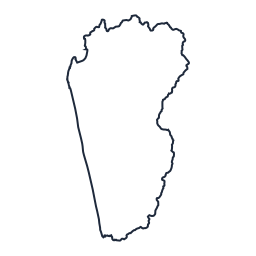 outline of Thai Mueang, Phangnga, Thailand
{"feature_id": "78962969B58912985430788", "entity_name": "Thai Mueang", "entity_type": "district", "adm_level": 2, "iso_a3": "THA", "parent_name": "Thailand", "parent_adm1": "Phangnga", "projection": "natural_earth1", "projection_center": [98.313, 8.477], "detail": "fine", "context": "isolated", "style": "outline", "palette": "slate", "viewbox_px": 256, "rotation_deg": 0, "n_neighbors": 0, "source": "geoboundaries", "source_scale": "gbopen_adm2", "svg_char_len": 5689}
<svg xmlns="http://www.w3.org/2000/svg" viewBox="0 0 256 256"><path d="M134.3,15.5L131.8,16.0L131.8,16.6L130.7,19.0L130.2,19.5L128.9,20.3L128.4,20.5L126.4,20.0L122.9,20.5L122.6,20.8L122.1,21.8L121.6,22.5L120.8,23.1L120.5,23.9L120.3,24.6L119.9,25.0L119.2,26.1L118.5,26.4L115.7,26.7L113.6,28.1L113.0,28.4L111.0,28.2L110.3,28.3L109.0,29.3L108.3,30.9L107.8,31.2L107.4,31.2L106.9,31.0L106.5,30.2L106.3,28.9L106.0,28.4L105.1,27.6L105.1,27.1L105.3,26.6L105.1,24.6L105.2,23.9L105.1,23.5L104.5,22.7L104.6,20.6L104.3,20.2L103.6,19.8L102.6,19.6L102.0,19.7L101.8,19.9L101.6,21.0L100.5,23.9L99.7,24.6L99.2,26.5L99.0,27.1L98.2,27.2L96.7,26.8L96.2,26.9L95.3,27.6L94.2,28.8L94.3,29.9L94.0,30.4L93.1,30.9L92.3,31.1L91.7,31.7L90.4,32.4L90.1,33.4L90.3,34.2L90.1,34.6L89.7,34.9L88.9,35.3L88.2,35.3L87.9,35.6L86.1,35.4L85.1,35.7L84.2,36.3L84.0,36.7L83.9,37.2L84.1,38.7L85.0,38.8L85.3,40.1L85.3,42.8L85.1,44.4L84.8,45.5L85.0,46.1L85.6,46.4L85.8,46.8L86.1,49.2L85.9,49.3L87.0,49.4L87.3,49.6L87.4,50.2L87.3,51.3L86.5,55.5L85.3,58.3L83.5,60.2L82.1,60.9L77.2,62.6L75.5,59.3L75.7,59.2L75.7,58.8L75.5,57.5L75.2,57.2L74.1,57.1L73.3,57.7L72.4,59.1L71.7,60.6L71.4,63.5L71.0,64.2L70.4,65.8L70.4,66.5L69.8,67.0L70.0,67.4L69.9,67.7L69.6,67.9L69.8,68.3L69.3,68.7L68.4,71.1L68.3,71.7L68.1,72.5L68.1,73.4L68.0,73.5L67.9,74.3L67.9,74.8L67.7,75.9L67.5,76.2L67.3,78.6L67.4,78.8L67.1,79.1L67.2,79.7L67.5,80.0L67.5,80.5L67.7,80.8L68.0,81.7L68.3,82.1L68.0,82.2L68.1,82.6L68.6,83.7L68.8,85.1L69.4,86.7L69.3,86.9L69.5,87.1L69.4,87.3L69.4,87.9L69.8,87.9L70.0,88.1L70.1,88.4L70.3,88.5L70.9,90.5L75.2,108.7L77.1,118.6L78.2,127.1L81.1,138.7L82.2,143.6L82.6,146.4L83.0,150.7L83.2,152.1L84.0,155.3L87.2,166.2L88.8,172.5L92.7,189.4L96.0,206.3L97.1,210.8L98.9,219.2L99.3,223.1L100.1,227.7L100.2,229.9L100.9,231.6L102.3,236.3L102.5,236.5L102.9,236.5L103.4,237.3L103.7,237.1L104.2,236.4L104.4,235.9L104.5,236.0L104.5,236.5L104.8,236.5L104.7,236.2L105.0,235.8L105.2,236.2L106.2,235.7L106.7,235.7L107.4,235.5L107.7,235.8L108.3,236.0L109.1,235.8L109.3,236.1L109.8,236.1L110.5,235.6L110.8,235.9L111.0,235.9L111.0,235.6L111.3,235.4L111.4,235.6L111.4,236.3L112.0,236.8L111.9,237.1L112.2,237.6L112.3,239.0L112.6,239.2L113.1,240.0L113.6,240.2L114.7,240.2L115.0,239.7L115.6,240.0L116.2,239.8L116.7,240.3L119.9,240.6L120.5,240.3L121.5,239.1L122.1,238.7L123.1,238.8L124.1,239.3L126.0,238.1L126.6,237.4L126.8,236.7L126.5,235.4L127.1,234.5L128.1,234.1L128.7,233.6L129.5,233.1L130.7,233.1L131.1,232.5L131.7,232.1L132.4,231.3L133.1,230.8L134.2,230.1L135.0,230.1L136.4,228.9L137.7,228.4L139.1,228.0L140.6,226.9L140.9,227.0L141.9,227.9L143.1,228.5L143.9,228.2L145.7,228.1L146.9,227.5L147.8,226.6L148.0,224.4L148.9,223.5L149.1,222.8L148.7,221.4L148.6,220.8L149.3,219.5L149.4,219.0L148.6,218.0L147.9,216.7L148.7,215.7L149.4,215.2L150.6,215.7L151.9,216.0L153.2,215.9L154.0,215.5L154.3,215.1L154.9,214.4L155.2,213.9L155.4,210.5L157.1,207.5L157.4,206.4L158.0,205.6L158.3,205.2L158.2,201.8L156.7,199.8L156.7,198.5L157.0,198.1L158.4,198.0L159.2,197.5L160.8,195.2L161.2,194.5L161.2,193.2L161.8,192.2L162.3,190.3L162.9,188.9L163.4,188.2L163.2,186.5L163.4,186.2L164.2,185.9L164.5,185.2L164.3,183.7L164.5,182.3L164.5,181.1L163.9,180.5L162.2,179.8L162.0,179.2L162.1,178.6L162.4,177.9L162.8,177.5L164.6,176.8L165.4,175.9L165.6,175.6L165.6,174.7L166.4,173.0L168.2,172.6L169.1,171.7L170.2,170.9L170.6,170.2L171.5,168.0L171.8,166.7L171.9,165.1L172.5,163.7L172.4,163.2L171.9,162.4L171.9,161.3L172.6,159.4L172.8,157.6L173.1,157.1L173.7,156.6L173.8,156.3L174.0,154.1L173.8,152.5L173.0,152.1L171.4,150.6L171.8,149.8L172.0,148.2L172.1,146.0L171.9,144.8L172.6,143.8L172.9,143.2L173.0,141.5L173.4,140.3L172.6,139.6L172.6,138.8L171.9,137.9L171.5,136.3L170.2,134.8L170.0,133.1L169.7,131.9L168.2,129.8L167.9,130.1L167.5,130.1L167.0,130.0L165.9,129.6L163.5,129.5L161.8,129.1L161.0,128.6L159.8,126.8L158.4,125.5L157.8,124.7L157.2,123.1L157.3,121.5L157.0,119.9L158.1,118.4L158.9,117.8L159.0,115.3L159.1,114.8L159.8,113.3L160.3,112.8L160.7,111.8L161.6,111.2L161.7,109.7L162.6,108.5L162.4,107.2L162.4,101.9L162.5,101.4L162.9,100.7L163.0,99.8L163.5,99.5L164.6,99.2L164.9,98.9L165.7,97.6L167.7,96.5L168.0,94.9L168.7,94.2L168.9,93.5L169.5,93.7L170.5,93.4L171.2,92.8L171.8,92.6L172.0,92.1L171.9,91.6L172.2,91.0L172.0,89.2L172.3,88.2L172.7,87.7L174.6,87.1L175.2,86.5L175.5,85.4L175.4,84.3L176.0,83.4L176.3,81.7L176.7,81.2L178.1,81.0L178.5,80.7L178.6,80.1L178.3,79.0L178.3,78.5L179.3,77.0L180.0,76.2L180.6,75.9L181.3,75.3L183.3,74.3L183.5,72.9L183.7,72.5L185.5,70.4L187.4,68.9L187.3,67.2L186.4,65.9L186.4,65.3L186.5,65.1L187.2,64.7L187.5,64.3L188.0,64.1L188.6,63.7L188.9,63.2L188.9,62.6L188.6,61.9L187.4,60.3L186.4,59.2L184.7,56.8L183.2,55.2L182.4,55.2L182.2,55.0L181.5,53.2L181.7,52.1L181.6,50.8L182.3,50.0L182.5,49.4L182.3,48.3L182.2,46.0L182.3,45.5L183.0,44.9L182.7,43.7L182.7,43.1L183.3,41.9L183.6,41.6L184.6,41.4L184.8,41.2L185.2,40.5L185.2,39.9L185.0,39.1L183.7,37.5L183.3,36.6L183.3,35.5L183.6,34.5L183.5,33.9L182.8,33.1L181.6,32.8L181.3,32.6L181.0,31.9L180.9,30.9L179.1,30.4L177.8,29.5L176.5,28.9L175.5,29.0L173.4,29.8L172.7,29.7L171.5,28.7L170.9,27.6L170.1,27.2L169.7,26.2L169.1,25.6L168.8,24.8L167.8,24.1L167.5,23.8L167.2,22.9L166.7,22.7L166.0,23.0L164.9,23.2L164.2,23.7L162.5,23.4L161.5,23.4L159.8,23.9L158.1,24.0L157.4,24.3L156.0,25.8L154.6,27.1L153.8,27.6L153.2,28.6L153.3,29.5L153.0,30.1L152.3,30.5L150.8,30.6L150.4,30.3L149.7,28.6L148.0,26.3L148.0,26.0L148.3,25.4L148.4,25.0L148.0,23.0L147.0,22.2L146.7,22.2L146.0,22.6L145.0,22.5L144.5,22.9L143.7,24.1L143.3,24.5L143.0,24.6L142.5,24.5L141.3,23.5L140.7,22.4L139.7,22.2L139.8,20.7L139.4,19.7L139.6,18.9L139.4,18.2L138.1,17.1L137.3,16.9L136.7,15.9L136.2,15.5L135.6,15.4L134.3,15.5Z" fill="none" stroke="#1e293b" stroke-width="2"/></svg>